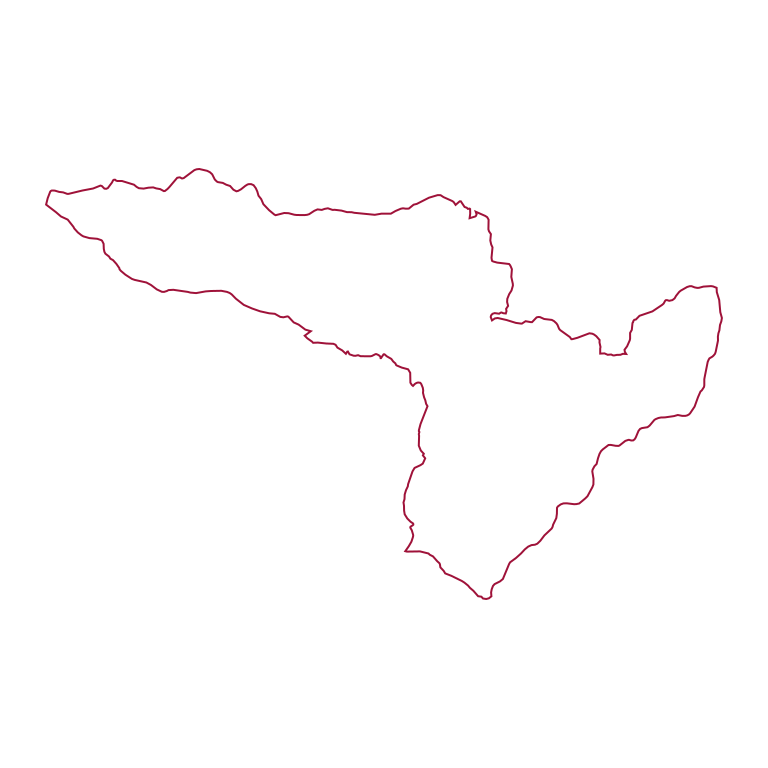 Sativasur, Boyacá, Colombia
{"feature_id": "7082276B82501132437521", "entity_name": "Sativasur", "entity_type": "district", "adm_level": 2, "iso_a3": "COL", "parent_name": "Colombia", "parent_adm1": "Boyacá", "projection": "mercator", "projection_center": [-72.718, 6.063], "detail": "fine", "context": "isolated", "style": "outline", "palette": "rose", "viewbox_px": 768, "rotation_deg": 0, "n_neighbors": 0, "source": "geoboundaries", "source_scale": "gbopen_adm2", "svg_char_len": 6105}
<svg xmlns="http://www.w3.org/2000/svg" viewBox="0 0 768 768"><path d="M491.4,596.3L491.1,592.4L491.7,589.3L493.0,585.9L494.6,584.1L500.0,581.4L502.9,579.0L509.1,564.0L510.1,562.3L516.1,557.9L521.0,553.5L524.8,549.4L528.2,546.6L531.5,545.1L535.0,544.7L537.3,543.7L540.3,540.8L544.4,535.4L551.7,528.5L552.6,526.8L553.1,524.7L556.3,518.1L556.9,513.7L557.0,507.8L557.8,506.5L560.7,504.4L563.4,503.4L566.8,503.3L574.1,504.2L576.3,504.1L579.2,503.5L585.3,498.4L587.5,496.2L592.4,487.1L593.4,484.5L593.5,478.8L592.3,471.4L592.6,469.7L594.4,466.3L596.6,464.0L598.0,458.3L599.5,453.9L601.0,451.2L602.9,449.3L608.5,445.0L610.7,444.9L615.7,445.8L618.5,445.9L619.5,445.5L625.3,440.9L628.3,439.9L629.3,439.9L631.2,440.5L633.2,440.4L634.6,439.3L635.7,437.6L638.5,430.9L640.1,428.9L641.9,428.1L647.5,427.2L649.6,425.6L654.4,419.9L655.7,419.1L658.4,418.0L660.9,417.5L664.9,417.4L674.0,416.1L677.8,415.0L682.4,415.9L685.2,415.9L687.2,415.4L688.9,414.5L690.1,413.3L694.6,406.6L698.0,397.2L700.5,391.5L701.8,390.4L704.0,387.0L704.3,385.3L704.3,379.2L704.7,377.0L707.7,361.9L708.7,359.6L709.4,358.4L712.4,356.6L713.6,355.5L715.0,353.8L715.7,351.8L718.0,340.5L717.9,336.7L718.4,333.3L719.4,330.3L720.0,325.0L721.3,321.4L721.9,318.0L720.3,312.2L719.2,300.0L716.8,292.1L716.6,287.8L713.0,286.4L711.0,286.1L703.4,286.6L699.0,287.8L697.3,287.9L694.7,287.4L691.6,286.2L689.7,286.2L687.1,287.0L680.8,290.6L679.2,291.9L676.1,295.8L674.6,298.4L672.4,300.1L669.2,300.8L667.0,300.1L666.0,300.1L665.2,300.7L663.6,303.6L662.1,304.9L652.4,311.4L639.5,315.8L635.9,319.5L634.3,319.8L633.2,321.3L633.1,322.2L632.5,323.0L631.8,329.9L630.1,332.9L630.1,338.6L629.8,340.2L627.1,346.3L624.5,349.8L624.9,351.9L626.2,354.0L622.9,353.8L620.4,354.8L616.8,354.9L614.3,355.4L613.1,355.4L611.1,354.5L607.7,354.8L604.5,353.4L600.2,353.6L600.2,348.5L600.5,347.0L599.5,342.5L599.6,340.0L596.3,336.2L594.0,334.5L592.3,333.7L589.4,333.3L577.4,337.8L572.6,339.1L571.4,339.2L569.8,337.0L560.2,330.1L559.1,328.8L557.5,324.9L556.4,323.3L554.0,321.1L551.8,319.9L544.2,319.0L540.0,317.1L538.2,317.0L536.6,317.4L532.1,322.1L530.6,322.1L525.6,321.2L521.9,323.6L521.1,323.6L515.9,322.9L506.5,320.0L497.7,318.0L494.9,318.4L492.0,320.4L490.7,317.0L491.1,315.4L492.5,313.8L494.7,313.1L499.1,313.7L500.8,312.6L501.6,312.5L503.2,313.2L505.8,313.5L506.5,311.1L506.1,308.9L508.1,305.9L507.1,302.0L507.3,298.8L509.2,294.1L511.5,290.5L512.9,285.6L512.8,283.8L511.3,276.9L511.9,269.2L510.9,266.8L510.1,265.2L509.1,264.0L497.2,262.6L493.2,261.5L492.0,260.8L491.5,257.8L492.5,247.4L491.2,244.5L490.3,240.5L490.9,234.1L489.0,231.3L488.4,229.3L488.6,219.7L487.2,217.2L485.2,215.9L475.7,211.7L476.6,214.4L475.8,216.1L475.2,216.5L469.6,218.2L470.2,213.8L470.1,209.0L469.6,208.6L467.9,208.9L466.7,207.7L464.6,207.0L460.8,201.3L459.7,201.3L455.6,204.9L453.7,202.1L452.4,201.1L443.5,197.1L440.6,195.2L437.7,195.1L429.0,197.7L416.8,203.9L413.6,204.7L408.8,208.6L405.9,208.7L403.0,208.3L400.9,208.7L395.5,211.0L390.8,213.7L381.3,213.7L374.8,214.8L354.3,212.8L351.6,212.2L346.9,212.1L341.5,210.6L334.8,209.8L332.5,209.9L327.9,208.3L324.6,208.9L321.8,209.9L317.5,209.4L314.3,210.8L309.1,214.2L307.1,214.8L304.4,215.1L296.6,215.0L294.2,214.7L288.6,213.2L284.2,213.0L275.6,215.2L274.4,214.6L269.1,210.2L263.4,204.2L261.2,199.1L258.5,195.7L257.3,191.5L255.8,188.2L253.6,185.2L251.1,184.1L248.9,184.1L247.5,184.5L245.4,185.8L241.0,189.3L238.1,190.9L236.4,191.3L233.4,189.7L230.1,186.0L226.2,184.7L222.8,182.9L217.9,182.1L216.8,181.5L214.8,179.5L212.2,174.3L209.9,172.2L207.1,170.8L199.3,169.0L196.6,169.3L194.4,170.1L183.7,178.1L182.0,178.5L180.0,177.4L179.2,177.4L177.2,177.8L169.5,186.9L167.5,189.0L164.9,191.0L163.8,191.1L160.2,189.1L156.2,188.4L153.2,187.4L148.4,187.7L143.6,188.6L138.9,188.2L136.6,186.9L134.0,184.7L122.0,181.0L117.2,181.0L115.7,180.4L115.3,179.8L114.1,179.7L113.1,180.3L112.0,182.5L107.8,188.1L106.2,188.8L104.4,188.6L101.8,186.0L100.4,185.6L93.1,188.5L82.5,190.5L68.4,193.9L67.3,193.9L63.2,192.4L59.1,191.9L54.8,190.6L51.9,190.5L50.8,191.0L50.2,191.7L47.7,198.2L46.1,204.6L56.0,212.2L61.0,216.5L67.7,219.6L73.4,226.8L74.3,228.5L77.8,232.4L81.5,235.3L83.4,236.4L89.4,238.1L97.3,238.8L101.4,240.2L102.1,240.8L103.6,243.8L103.8,248.9L104.4,251.8L105.4,253.7L109.0,256.5L110.4,258.7L113.0,260.1L116.4,263.9L119.3,268.1L119.6,269.4L120.9,270.9L125.4,274.7L131.9,278.9L134.7,279.9L146.4,282.5L151.0,285.0L156.8,289.4L161.9,291.8L164.0,291.9L166.9,291.0L168.5,290.1L173.3,289.8L187.8,291.9L190.4,292.6L196.1,293.1L205.6,291.4L211.0,291.0L221.3,290.8L227.0,291.9L229.7,293.0L231.7,294.4L235.9,298.7L243.8,304.9L252.1,308.5L260.1,311.3L269.2,313.3L274.8,313.8L280.3,316.9L283.4,317.3L287.3,316.4L288.4,316.7L293.7,322.4L298.6,324.6L305.3,329.6L310.8,331.2L304.7,335.7L307.3,338.3L312.1,341.7L313.1,342.8L317.9,342.6L326.4,343.5L333.4,343.8L335.6,344.8L337.4,347.6L342.2,350.4L345.9,353.8L347.2,351.7L347.9,351.5L349.5,354.3L353.6,355.7L355.4,355.8L358.1,355.2L360.6,356.2L370.2,356.3L371.8,356.0L375.6,354.1L376.4,354.1L378.6,355.1L380.3,356.5L380.6,358.1L381.0,358.1L383.6,354.3L384.5,354.3L386.8,356.3L391.3,358.9L393.2,361.5L395.4,363.4L396.1,365.0L396.8,365.5L401.8,367.6L408.1,369.3L410.2,372.8L410.4,382.7L411.8,384.9L413.0,385.9L414.9,383.9L416.6,382.9L418.1,382.5L420.3,382.8L421.3,384.1L422.8,387.8L423.2,390.4L423.0,392.9L424.1,397.3L425.3,400.3L426.1,403.8L427.5,406.2L420.5,424.1L418.9,430.2L418.9,431.3L419.4,432.0L418.8,434.1L419.1,435.7L418.8,445.7L420.8,450.5L423.8,453.8L422.9,455.4L425.2,458.3L422.8,463.6L420.4,465.2L414.6,467.9L412.5,471.4L408.1,484.2L407.8,486.4L406.0,490.2L404.7,494.5L404.5,499.1L403.5,502.5L404.0,505.8L404.1,510.6L404.7,514.3L407.3,518.5L410.6,521.8L412.9,523.3L413.3,524.0L413.3,524.7L412.7,525.3L410.5,526.7L410.3,527.7L411.8,530.3L413.1,534.7L413.2,535.8L412.8,537.5L411.4,541.7L408.8,546.2L405.3,551.2L406.9,551.6L420.0,551.4L428.5,553.5L429.7,554.7L433.0,556.4L437.2,561.2L439.4,563.2L439.9,564.2L440.4,567.4L443.7,570.9L445.2,573.4L451.3,575.8L461.9,581.0L464.4,582.6L468.1,585.6L469.9,587.8L473.4,590.8L478.1,596.2L481.4,596.7L483.0,598.5L486.2,599.0L488.9,598.3L491.4,596.3Z" fill="none" stroke="#9f1239" stroke-width="2"/></svg>